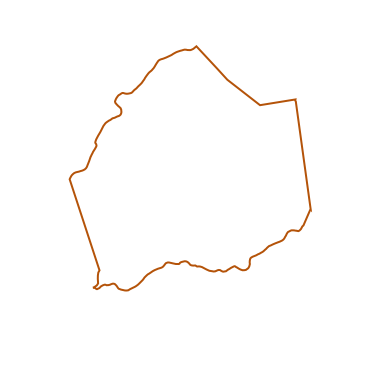 the district of Dacretin, Choiseul, Saint Lucia, rotated 28°
{"feature_id": "8701671B29376048072153", "entity_name": "Dacretin", "entity_type": "district", "adm_level": 2, "iso_a3": "LCA", "parent_name": "Saint Lucia", "parent_adm1": "Choiseul", "projection": "mercator", "projection_center": [-61.036, 13.796], "detail": "fine", "context": "isolated", "style": "outline", "palette": "amber", "viewbox_px": 384, "rotation_deg": 28, "n_neighbors": 0, "source": "geoboundaries", "source_scale": "gbopen_adm2", "svg_char_len": 5917}
<svg xmlns="http://www.w3.org/2000/svg" viewBox="0 0 384 384"><g transform="rotate(28 192 192)"><path d="M241.2,63.4L240.1,62.7L240.1,62.4L239.9,61.7L211.3,83.4L170.5,76.3L155.6,71.0L127.5,61.3L126.1,64.7L126.0,65.0L125.6,65.5L124.8,66.6L124.3,67.1L123.9,67.5L123.4,67.8L123.1,67.9L122.2,68.4L121.0,68.9L120.4,69.0L119.2,69.5L118.9,69.6L118.4,70.0L117.9,70.4L116.2,72.1L115.7,72.5L115.2,73.0L113.4,74.9L112.6,75.8L111.9,76.8L110.6,78.8L109.8,80.3L109.3,81.1L106.2,85.2L104.6,87.1L103.5,88.3L102.5,89.2L102.1,89.7L101.5,90.4L101.2,90.9L100.9,91.5L100.7,92.1L100.6,92.5L100.5,93.9L100.4,94.2L100.4,94.8L100.3,95.4L100.3,96.1L100.3,96.3L100.2,97.2L100.2,97.8L100.2,98.4L100.0,100.5L99.9,101.1L99.6,102.1L99.5,102.8L99.3,103.5L99.1,104.1L98.2,106.2L97.8,107.6L97.6,108.9L97.4,110.1L97.3,110.8L97.0,113.3L97.0,113.9L97.0,114.9L96.9,115.7L96.8,116.2L96.5,118.7L96.4,119.4L96.0,120.8L95.5,122.4L95.2,123.2L94.9,124.1L94.8,124.6L94.7,124.9L94.4,126.1L94.3,126.5L94.2,126.8L93.5,128.3L93.4,128.6L93.0,129.6L92.6,131.3L92.2,132.5L91.9,133.0L91.2,133.7L89.9,134.8L89.1,135.4L87.9,136.1L87.2,136.3L86.6,136.5L85.1,136.8L84.5,137.0L84.3,137.1L84.0,137.3L83.5,138.0L83.2,138.5L82.5,139.9L82.0,140.6L81.7,141.2L81.5,142.1L81.3,143.5L81.3,143.8L81.2,144.4L81.2,145.1L81.2,146.1L81.4,147.2L81.4,147.8L81.5,148.1L81.7,148.5L81.9,148.7L82.2,148.9L82.7,149.4L83.9,149.8L84.2,150.0L84.5,150.1L85.3,150.3L86.4,150.7L87.9,151.0L88.5,151.2L89.6,151.5L89.8,151.7L90.1,151.9L90.3,152.1L90.9,152.6L91.0,152.8L91.3,153.2L91.6,153.8L92.1,154.4L92.2,154.7L92.3,155.0L92.4,155.3L92.6,156.1L92.6,156.6L92.6,157.3L92.5,157.6L92.3,158.1L92.1,158.7L91.7,159.2L91.3,159.7L90.8,160.1L89.9,161.3L89.2,162.3L89.0,162.6L88.5,163.1L88.1,163.5L87.2,164.3L86.5,165.9L85.9,167.0L85.5,167.5L85.2,167.9L84.0,170.2L83.5,171.3L83.2,172.3L83.1,173.1L83.0,173.9L82.8,174.8L82.8,176.8L82.9,181.3L82.9,182.4L82.8,184.4L82.7,186.2L82.7,187.1L82.7,189.8L82.8,191.1L83.1,192.9L83.3,193.6L83.7,194.1L85.0,194.8L85.9,195.9L86.1,196.6L86.1,199.4L86.0,200.5L85.8,203.1L85.9,204.1L85.9,205.2L85.9,206.5L86.0,207.7L86.0,208.8L86.3,210.6L86.7,213.1L87.2,217.7L87.4,219.1L87.3,220.2L87.3,220.7L86.9,221.8L86.7,222.4L85.6,224.0L84.7,225.0L83.8,225.8L82.7,227.0L81.9,227.7L81.4,228.1L80.1,229.3L79.1,230.6L78.4,232.3L78.0,233.7L77.9,234.6L77.9,235.8L77.9,237.2L78.0,238.2L147.1,304.6L147.1,307.1L148.1,309.9L149.6,312.9L150.9,315.0L152.0,316.8L151.8,319.2L150.4,321.9L150.0,322.3L150.3,322.7L150.5,322.6L150.9,322.4L151.3,322.3L151.7,322.3L152.2,322.4L153.0,322.5L153.3,322.5L153.7,322.4L153.9,322.2L154.3,321.6L155.1,320.6L155.3,320.3L155.5,319.6L156.0,317.9L156.3,317.5L156.6,317.0L157.2,316.1L157.9,315.4L158.1,315.1L158.6,314.7L158.9,314.6L159.2,314.5L160.3,314.4L160.6,314.3L161.0,314.0L162.0,313.4L162.2,313.2L163.0,312.5L163.2,312.3L163.5,311.8L164.6,310.6L165.1,310.1L165.7,309.8L166.4,309.6L167.0,309.5L167.4,309.6L168.8,310.0L170.0,310.5L170.3,310.7L171.2,311.2L172.0,311.6L172.3,311.7L172.6,311.8L172.9,311.8L175.1,311.5L175.9,311.3L178.0,310.7L178.8,310.5L179.7,310.1L180.3,309.8L181.3,309.1L181.6,309.0L181.8,308.7L182.0,308.5L183.2,306.4L183.4,306.2L183.8,305.7L184.0,305.4L185.0,304.0L185.6,303.2L186.5,301.9L187.1,300.7L187.7,299.5L188.3,297.8L189.0,295.5L189.4,294.2L189.6,293.5L189.8,292.9L189.9,292.1L190.0,291.7L190.1,290.9L190.2,289.8L190.5,288.9L190.8,287.9L191.3,286.4L191.7,285.4L191.9,285.1L192.3,284.5L192.9,283.4L193.9,281.5L194.3,280.7L194.9,279.7L195.3,279.2L195.4,278.9L196.7,277.3L198.0,275.7L199.6,274.1L200.1,273.6L200.6,273.1L201.1,272.3L201.4,271.7L201.5,271.4L201.8,270.2L202.0,269.0L202.1,268.3L202.2,267.7L202.3,267.4L202.4,267.1L202.6,266.8L202.8,266.6L203.4,265.9L203.7,265.6L204.2,265.3L205.2,264.9L206.4,264.6L206.7,264.5L208.6,264.0L211.4,263.2L212.8,262.5L213.7,262.0L214.0,261.9L214.5,261.4L214.6,261.2L214.6,260.5L214.8,259.9L215.0,259.5L215.4,259.0L216.1,258.3L217.1,257.4L217.9,256.7L218.2,256.5L218.4,256.4L219.5,256.0L220.8,255.9L221.1,255.9L221.7,256.1L222.4,256.2L224.7,257.1L225.1,257.1L225.4,257.1L226.0,257.0L226.6,256.8L227.2,256.6L227.8,256.3L229.1,255.5L229.3,255.4L229.6,255.3L229.9,255.3L230.5,255.4L231.5,255.4L232.3,254.9L233.1,254.4L233.9,254.1L234.5,253.9L235.2,253.8L236.1,253.6L237.7,253.6L241.1,253.6L244.3,253.4L247.5,252.3L248.1,252.2L248.4,252.0L249.2,251.5L249.5,251.4L249.7,251.2L249.9,250.9L250.7,250.0L251.0,249.5L251.2,249.2L252.0,248.5L252.2,248.3L252.5,248.2L253.1,247.9L253.4,247.8L254.0,247.8L254.6,247.9L255.0,247.9L255.6,247.9L256.6,247.8L256.9,247.7L257.1,247.6L259.2,246.0L260.2,243.8L261.0,242.6L261.5,241.7L262.1,240.6L263.0,239.3L263.2,239.0L263.8,238.2L264.2,237.7L264.5,237.5L265.0,237.4L265.4,237.4L266.2,237.6L267.2,237.5L267.5,237.6L268.2,237.6L268.9,237.7L269.2,237.7L269.8,237.7L270.5,237.7L271.1,237.7L271.7,237.6L272.5,237.5L272.8,237.4L273.5,237.3L274.5,236.7L275.3,236.2L276.1,235.5L276.3,235.3L276.4,235.0L277.4,233.0L277.4,232.7L277.5,232.1L277.5,230.9L277.0,228.7L276.9,228.4L276.3,227.6L276.0,227.1L275.3,225.6L275.2,225.3L274.8,223.9L274.8,223.6L274.8,223.0L274.8,222.8L275.0,222.2L275.9,220.7L276.5,220.0L278.3,217.9L278.5,217.6L279.6,215.9L280.3,215.1L280.9,214.2L281.0,214.0L281.2,213.7L281.4,213.3L282.3,212.0L282.9,210.8L283.6,208.8L283.8,208.2L284.2,207.3L284.4,206.3L284.7,205.4L285.4,203.6L285.6,203.4L286.7,202.1L287.7,200.7L288.7,199.4L289.3,198.7L289.5,198.4L290.9,196.8L291.3,196.3L292.5,195.0L292.9,194.5L293.5,193.7L294.3,192.6L294.6,192.0L295.0,191.1L295.2,190.2L295.3,189.6L295.3,187.8L295.4,186.9L295.4,185.9L295.3,185.0L295.3,184.4L295.4,183.1L295.5,182.5L295.6,182.2L295.8,181.9L296.6,180.8L297.1,180.0L297.3,179.8L297.5,179.5L297.9,179.1L299.4,178.3L300.6,177.8L301.3,177.6L301.6,177.5L302.2,177.2L302.8,177.1L303.5,176.8L303.8,176.8L304.1,176.7L304.4,176.5L304.6,176.2L304.9,175.7L305.3,174.7L305.5,173.8L305.6,173.5L305.6,172.6L305.6,171.0L305.6,170.6L306.1,169.2L304.7,151.6L305.0,151.7L241.2,63.4Z" fill="none" stroke="#b45309" stroke-width="2"/></g></svg>